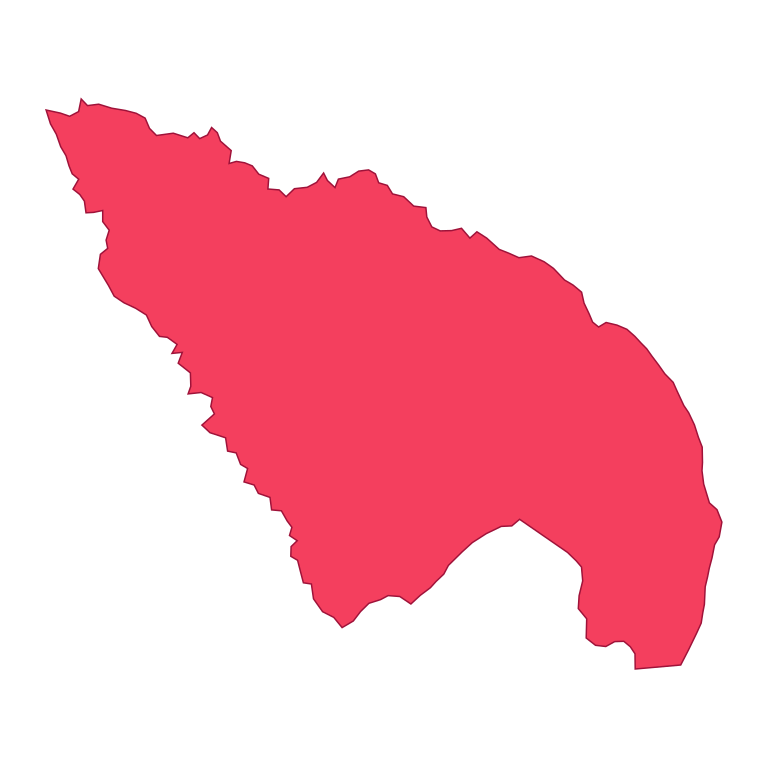 outline of Farol, Paraná, Brazil
{"feature_id": "56859067B49307783824328", "entity_name": "Farol", "entity_type": "district", "adm_level": 2, "iso_a3": "BRA", "parent_name": "Brazil", "parent_adm1": "Paraná", "projection": "orthographic", "projection_center": [-52.642, -24.124], "detail": "fine", "context": "isolated", "style": "filled", "palette": "rose", "viewbox_px": 768, "rotation_deg": 0, "n_neighbors": 0, "source": "geoboundaries", "source_scale": "gbopen_adm2", "svg_char_len": 2533}
<svg xmlns="http://www.w3.org/2000/svg" viewBox="0 0 768 768"><path d="M81.2,99.0L78.6,111.6L69.6,116.3L60.4,113.1L46.1,110.0L50.5,123.9L56.3,134.2L60.7,146.7L66.0,155.7L69.0,165.8L72.2,173.8L78.7,179.2L73.0,189.1L79.8,194.5L84.4,201.1L86.0,212.8L93.5,212.4L102.7,210.5L102.7,221.6L109.2,230.2L106.1,240.1L107.7,248.4L100.4,254.3L98.3,268.6L108.5,285.5L114.2,296.2L124.0,302.8L135.5,308.2L146.4,315.0L151.7,326.5L159.5,336.4L167.3,337.3L177.1,344.4L172.0,353.4L182.3,352.4L178.2,363.2L190.4,372.9L190.8,386.3L188.1,393.9L201.1,392.5L212.5,397.6L210.8,406.5L214.4,413.9L201.9,425.1L210.0,432.7L225.6,437.8L227.6,451.1L236.2,452.9L240.6,464.4L247.6,468.5L244.0,481.9L254.1,485.0L258.4,493.4L270.0,497.4L271.6,509.9L281.4,510.8L287.2,521.0L291.9,527.3L289.5,535.5L297.2,540.7L291.1,546.6L290.8,556.3L297.6,560.3L300.5,571.7L303.4,582.8L311.4,584.0L313.5,598.8L322.6,611.7L333.8,617.4L342.1,627.6L353.3,621.0L360.5,611.6L368.9,603.3L380.6,599.6L388.1,595.6L399.8,596.5L410.9,604.0L420.3,595.3L430.4,587.7L436.1,581.4L443.8,574.1L448.4,565.4L462.2,551.8L472.3,542.6L486.3,533.6L501.2,526.4L511.8,525.9L519.6,519.3L567.5,552.4L576.1,560.7L581.5,567.0L582.7,580.9L579.1,595.7L578.3,608.6L586.7,618.8L586.2,638.0L595.5,645.3L605.8,646.5L614.7,641.6L623.8,641.3L630.3,646.7L635.0,653.8L635.2,669.0L680.7,665.0L688.5,649.9L696.6,633.2L701.2,623.1L702.8,612.7L704.4,604.3L705.2,586.8L707.6,576.7L709.3,568.1L712.0,557.9L714.6,544.8L719.2,536.9L721.9,522.1L717.0,509.7L709.4,502.9L703.7,484.1L702.0,470.7L702.5,462.4L702.2,447.1L698.4,437.3L694.4,424.8L688.7,412.8L683.8,405.5L676.8,390.5L673.2,382.4L664.8,373.8L658.6,365.0L652.1,356.4L646.7,348.8L641.0,343.0L634.9,336.4L626.9,329.3L617.0,325.1L606.1,322.5L598.6,327.0L592.6,322.1L589.2,314.0L584.0,303.0L581.6,292.2L573.1,285.1L564.5,280.0L553.5,268.4L544.2,261.8L531.5,256.0L518.9,257.7L508.8,253.2L499.2,249.4L486.7,238.1L476.9,231.8L469.9,238.1L461.5,228.3L451.6,230.6L440.2,230.9L431.8,226.9L426.8,217.0L425.9,207.6L413.7,206.1L403.7,196.7L392.5,193.9L387.3,185.4L378.7,182.8L375.4,173.9L368.6,169.9L358.7,171.1L349.7,176.8L338.4,179.1L335.0,187.6L327.4,180.5L323.6,173.0L316.6,182.4L307.2,187.3L294.4,188.7L286.1,196.7L279.1,189.9L267.9,189.0L268.7,178.4L258.8,174.2L252.3,165.9L244.7,162.8L236.4,161.4L229.1,163.5L231.2,150.6L220.5,141.2L217.3,132.7L211.6,127.5L207.5,135.0L199.7,138.6L194.0,132.7L187.8,137.8L173.3,133.2L156.5,135.5L149.5,128.4L145.1,118.1L136.2,113.3L125.5,110.5L111.7,108.2L98.7,104.2L87.5,105.6L81.2,99.0Z" fill="#f43f5e" stroke="#9f1239" stroke-width="1.5"/></svg>